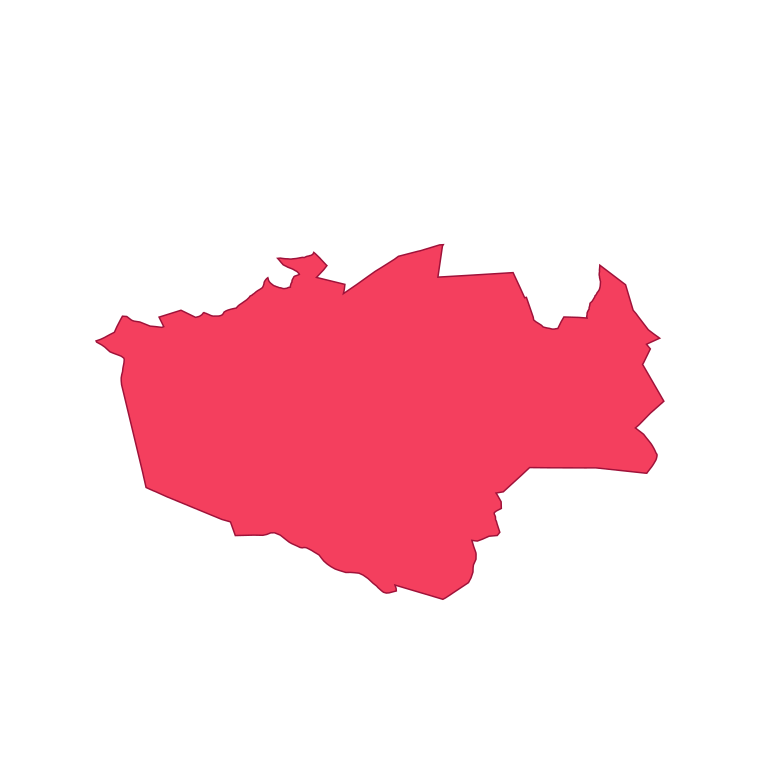 outline of San José Tenango, Oaxaca, Mexico, rotated 296°
{"feature_id": "50627088B37227996856729", "entity_name": "San José Tenango", "entity_type": "district", "adm_level": 2, "iso_a3": "MEX", "parent_name": "Mexico", "parent_adm1": "Oaxaca", "projection": "equal_earth", "projection_center": [-96.652, 18.165], "detail": "fine", "context": "isolated", "style": "filled", "palette": "rose", "viewbox_px": 768, "rotation_deg": 296, "n_neighbors": 0, "source": "geoboundaries", "source_scale": "gbopen_adm2", "svg_char_len": 4899}
<svg xmlns="http://www.w3.org/2000/svg" viewBox="0 0 768 768"><g transform="rotate(296 384 384)"><path d="M208.1,482.0L216.3,531.3L218.8,533.1L242.5,547.0L242.8,547.0L248.0,547.2L254.0,546.4L257.7,544.7L260.6,543.7L266.8,543.5L271.1,541.5L271.8,541.1L272.7,540.5L277.1,536.0L282.0,531.5L282.9,534.4L283.8,536.8L287.8,540.6L293.2,545.1L297.5,552.2L301.5,553.1L307.9,546.9L309.9,545.2L311.0,543.7L312.2,543.1L313.6,542.3L314.5,541.3L315.4,540.2L316.3,539.6L316.9,539.6L319.2,540.7L323.6,544.0L329.5,540.9L333.9,534.5L335.1,532.5L339.4,538.5L349.3,542.4L362.7,547.7L372.7,551.5L382.6,572.3L384.7,576.6L396.7,601.4L401.5,611.2L417.0,654.0L418.3,657.6L419.0,659.3L420.8,659.6L427.0,660.9L429.7,661.3L434.7,661.7L436.1,661.6L437.5,661.3L439.1,660.9L440.4,660.2L441.4,658.5L442.8,656.9L444.2,655.1L446.2,652.2L447.5,650.0L449.0,646.9L450.8,643.0L452.6,639.4L454.4,630.7L454.7,629.2L459.1,631.1L474.3,636.1L491.2,643.1L515.0,607.8L517.1,608.0L525.6,608.0L532.3,608.0L534.8,602.5L536.8,604.1L546.0,611.7L547.3,604.2L548.6,597.8L556.0,583.0L557.7,579.8L559.5,575.6L579.1,557.6L585.4,525.9L584.4,526.3L584.2,526.4L582.4,527.1L581.3,527.5L580.8,527.7L579.4,528.5L578.2,528.8L576.3,529.6L575.5,530.3L574.0,531.2L573.2,531.9L572.2,532.6L571.0,533.7L567.3,535.2L566.1,535.6L563.6,536.1L562.9,536.1L561.1,535.9L559.8,535.6L559.2,535.5L558.3,535.6L556.7,535.4L555.8,535.0L554.5,535.3L554.2,535.2L551.7,535.0L549.6,534.8L546.9,533.8L544.7,534.5L542.5,534.9L541.2,535.5L539.9,535.3L538.2,535.3L536.9,535.4L535.1,536.2L533.5,536.6L532.3,537.6L529.2,529.8L523.1,516.3L517.5,515.9L510.1,515.9L509.0,514.2L508.1,513.1L507.1,511.2L506.6,508.5L505.8,505.9L505.0,502.1L505.8,499.8L506.2,496.3L506.5,493.3L507.2,490.4L509.4,488.9L524.3,474.0L523.2,472.6L529.9,464.5L540.7,451.2L518.3,411.6L503.7,385.6L533.5,376.1L535.2,376.2L533.4,373.0L519.5,358.0L518.0,356.1L505.1,341.0L500.5,338.6L487.7,330.7L481.4,326.7L472.6,321.9L461.5,315.9L447.4,307.9L451.5,306.9L456.4,305.2L450.2,276.6L460.2,279.7L465.4,280.8L465.7,279.8L468.6,272.2L468.8,271.9L470.7,266.2L471.2,264.4L471.5,263.2L471.3,263.2L469.9,263.2L469.1,263.0L468.5,262.6L467.6,262.0L466.6,260.7L465.9,260.1L465.3,259.2L464.6,258.4L462.7,256.9L462.2,255.4L461.6,254.5L460.7,253.3L459.5,251.7L458.4,250.2L457.1,248.1L456.5,247.1L455.6,245.8L455.0,244.5L454.6,243.3L453.8,241.5L453.3,240.3L452.5,238.1L451.7,235.6L450.3,233.3L449.3,235.8L448.7,237.0L448.4,237.7L447.9,238.8L447.5,239.9L447.0,240.9L446.9,242.2L446.9,243.3L446.9,244.9L446.8,246.1L446.9,247.2L447.0,248.5L447.1,249.7L447.2,251.1L447.2,252.2L447.1,253.3L447.0,254.4L447.0,255.8L446.8,257.0L446.3,258.2L446.0,259.2L445.4,259.9L444.6,259.2L443.9,258.6L442.6,257.3L441.7,256.4L440.9,256.0L439.8,256.0L438.3,255.9L437.1,255.9L436.0,256.2L435.2,256.6L433.8,256.4L432.6,256.6L430.9,256.9L430.0,257.4L428.9,255.8L427.5,254.7L426.1,252.7L425.5,251.4L425.3,249.7L425.0,248.5L424.6,247.4L424.6,246.2L424.3,244.4L424.3,243.3L424.1,242.4L424.2,241.2L424.5,239.8L424.8,238.4L425.2,237.1L425.7,236.0L426.5,234.9L427.1,234.3L427.8,233.8L428.6,233.0L427.4,232.4L426.1,232.0L424.9,231.8L424.0,231.7L422.9,231.7L421.4,232.2L419.3,232.5L417.4,232.5L415.0,231.2L412.6,229.6L410.8,228.6L408.4,227.6L408.2,227.5L406.7,226.6L406.3,226.6L404.1,225.0L402.8,224.9L399.5,223.7L397.0,222.3L394.8,221.1L391.7,219.3L389.8,218.5L387.5,217.9L385.5,215.3L384.1,213.6L382.1,211.4L380.4,209.9L378.5,208.7L377.2,208.7L375.5,208.4L374.2,207.5L372.7,205.8L371.7,203.8L370.9,202.2L370.3,201.1L369.9,199.8L369.7,198.5L369.6,197.2L369.6,195.8L369.5,194.6L369.5,193.4L369.4,192.7L369.2,191.6L369.3,190.9L368.7,190.4L367.9,190.3L366.3,189.9L365.0,189.1L364.0,188.5L363.4,187.9L362.8,187.2L362.7,187.1L362.3,186.6L361.3,185.5L361.3,179.1L361.3,169.2L345.5,152.5L339.0,160.9L337.5,159.5L335.5,153.7L334.3,150.5L333.5,148.4L332.7,137.4L330.9,131.6L330.7,129.2L331.9,123.2L330.3,119.2L326.8,119.0L318.4,118.8L312.3,119.0L308.6,116.2L302.6,111.9L299.9,109.7L296.5,106.3L295.7,107.3L295.4,113.0L294.8,116.8L293.6,120.8L292.8,123.6L293.0,127.0L293.3,130.0L293.6,132.9L293.8,135.7L293.2,138.8L292.1,139.8L289.0,141.0L283.8,142.4L280.5,143.6L277.4,144.2L274.3,145.1L271.7,146.4L268.4,148.4L264.9,151.3L198.7,205.9L194.9,208.9L193.8,209.8L186.7,215.5L186.8,220.3L186.9,221.8L186.9,223.0L187.1,225.8L187.5,238.7L191.2,297.6L192.6,305.5L192.7,306.5L182.6,316.8L191.1,333.2L194.9,341.4L197.4,344.6L200.6,347.5L202.3,350.9L202.6,355.3L202.7,357.1L201.5,362.4L200.3,368.0L200.1,370.9L200.3,377.3L200.3,380.3L200.9,382.3L202.0,383.8L202.8,385.9L202.8,388.6L202.7,392.0L202.6,392.9L202.4,394.6L201.9,400.5L200.0,404.3L198.5,407.5L197.4,411.4L197.0,413.6L196.6,416.3L196.3,421.2L196.8,425.4L197.9,432.4L199.9,436.3L201.5,440.3L203.0,444.4L203.1,448.9L202.2,454.8L200.1,461.6L199.2,465.9L198.4,467.8L197.6,470.6L197.1,472.3L196.6,474.8L197.1,477.7L198.5,480.1L201.1,483.1L203.4,485.8L205.6,484.5L208.1,482.0Z" fill="#f43f5e" stroke="#9f1239" stroke-width="1.5"/></g></svg>